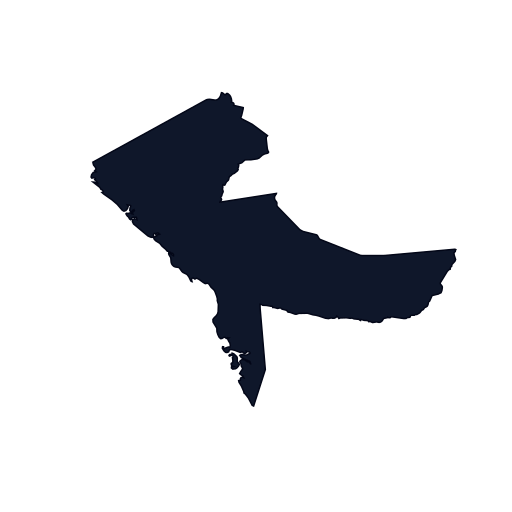 outline of Coast, rotated 112°
{"feature_id": "KEN-1193", "entity_name": "Coast", "entity_type": "Province", "adm_level": 1, "iso_a3": "KEN", "parent_name": "Kenya", "parent_adm1": "", "projection": "robinson", "projection_center": [39.627, -2.351], "detail": "fine", "context": "isolated", "style": "filled", "palette": "ink", "viewbox_px": 512, "rotation_deg": 112, "n_neighbors": 0, "source": "natural_earth", "source_scale": "10m", "svg_char_len": 6124}
<svg xmlns="http://www.w3.org/2000/svg" viewBox="0 0 512 512"><g transform="rotate(112 256 256)"><path d="M396.0,202.0L395.9,203.6L390.5,209.9L387.9,214.3L387.6,215.7L386.1,216.7L382.0,220.9L379.5,224.4L378.0,225.4L377.0,223.9L375.6,224.5L374.4,224.3L373.6,223.4L373.5,221.7L372.1,223.3L371.8,225.3L371.2,227.1L369.1,226.9L365.8,226.1L364.9,226.7L363.5,228.5L361.6,229.4L360.1,231.4L359.0,231.3L357.3,230.2L356.9,229.5L356.6,228.3L356.6,227.1L357.3,224.9L357.1,222.8L357.4,221.8L358.5,220.0L356.0,222.2L355.7,231.6L354.2,233.8L352.9,232.7L351.5,227.7L349.5,226.1L348.9,225.3L348.2,225.0L347.4,226.1L347.8,227.3L348.0,228.4L347.9,229.4L349.0,228.8L349.9,229.1L350.5,230.0L350.7,231.3L350.6,231.8L349.9,232.3L349.8,232.7L350.0,233.5L351.0,233.8L351.3,234.3L351.4,240.2L351.8,243.3L352.7,245.3L353.3,245.5L355.0,245.4L355.9,246.1L356.6,247.3L356.7,248.2L355.9,250.3L354.1,252.7L352.6,253.0L352.3,252.1L354.6,250.8L353.4,250.3L352.5,249.6L350.7,247.5L350.5,246.9L350.5,246.2L349.8,245.9L349.9,246.0L348.3,246.4L346.6,247.5L345.0,249.7L343.5,251.2L342.0,250.3L342.3,251.7L342.7,252.3L343.6,252.7L343.0,254.1L343.4,255.3L345.4,256.8L345.9,257.9L345.1,259.8L343.1,262.0L340.9,263.8L337.6,265.3L333.3,271.1L330.9,272.2L328.7,271.6L326.6,270.6L324.3,270.0L322.0,270.2L314.9,272.8L311.9,275.2L310.2,275.8L308.1,277.3L304.6,280.5L303.7,281.5L303.1,282.6L301.8,286.0L299.7,289.0L299.4,290.4L299.5,291.0L300.6,292.6L300.6,293.1L300.3,295.0L299.0,300.1L298.8,302.8L300.3,304.0L299.9,306.1L300.8,307.1L302.2,306.9L303.7,305.7L303.8,306.6L303.2,307.5L300.7,310.2L299.3,312.4L298.9,313.4L298.6,317.5L298.1,318.9L295.7,322.7L295.7,323.8L296.4,326.7L296.4,328.2L296.0,329.4L295.4,330.6L294.5,331.6L293.5,332.4L290.1,334.1L289.2,334.8L287.5,337.1L286.5,337.9L285.3,338.2L285.8,336.8L286.6,333.7L286.7,332.6L285.5,333.0L284.9,333.8L284.7,336.7L284.3,338.7L284.8,340.0L283.6,342.3L282.2,346.6L280.3,350.0L279.5,354.6L278.7,356.5L277.8,357.4L277.2,357.6L275.7,356.8L274.4,355.4L272.2,355.1L272.5,354.1L271.8,353.4L271.3,354.9L271.4,356.1L272.3,356.8L273.7,356.8L272.9,357.9L273.2,358.9L274.2,359.2L276.6,358.1L277.4,358.8L277.9,360.0L278.0,361.2L277.9,363.7L272.2,381.5L270.4,383.5L268.4,383.8L266.9,382.6L266.9,379.9L265.4,380.9L264.9,381.5L266.2,384.6L266.9,385.3L268.5,385.2L269.3,385.6L269.1,387.0L267.6,388.9L267.2,390.2L266.0,392.0L265.4,392.4L264.8,392.0L264.3,390.1L263.7,389.7L263.2,388.8L263.4,386.9L263.3,385.8L262.1,387.0L260.2,385.9L259.4,385.7L258.6,386.4L259.3,387.2L262.1,388.1L261.5,389.5L260.9,390.2L258.6,390.8L256.5,390.8L256.2,391.3L256.3,393.0L256.7,394.6L257.7,393.1L260.1,392.9L262.6,393.7L263.9,395.2L263.7,397.1L260.1,404.0L257.9,410.5L255.6,420.4L254.8,422.6L254.1,421.6L253.5,421.6L252.4,423.2L252.3,423.7L252.3,424.7L250.9,426.5L248.5,434.8L248.0,433.3L248.2,430.9L248.0,429.8L247.1,430.6L245.6,434.2L244.7,433.8L244.3,433.9L244.1,435.0L244.2,435.7L245.3,437.4L244.6,438.5L242.2,438.9L239.5,438.2L237.8,435.8L237.4,437.5L235.3,436.7L233.8,438.4L232.5,440.7L231.1,441.8L230.3,442.1L230.1,442.4L129.7,360.5L128.7,359.1L128.0,357.5L126.8,352.5L126.3,351.3L125.3,350.3L123.9,349.5L122.4,349.1L120.9,348.9L117.5,349.2L117.3,348.1L118.2,345.2L117.8,344.5L116.7,344.4L116.1,343.8L116.0,342.9L116.6,341.1L116.9,340.4L117.9,339.1L119.5,337.7L121.2,336.7L122.5,336.6L122.4,335.1L122.7,334.0L123.4,333.3L124.7,333.2L123.2,323.4L124.5,323.0L131.0,322.0L133.5,322.0L133.9,321.2L134.2,320.3L135.3,308.8L140.1,290.4L141.9,291.0L143.6,290.4L152.1,285.8L153.9,284.5L154.5,283.6L155.0,283.3L155.4,283.2L156.3,283.7L158.1,286.2L160.2,288.0L164.0,289.8L165.5,291.3L168.6,296.6L170.8,301.8L171.6,302.5L174.9,304.1L177.5,307.0L178.0,306.3L178.6,305.9L180.3,305.6L181.5,305.7L182.5,304.9L184.0,305.1L187.5,307.1L189.0,308.6L190.8,309.3L192.3,310.3L193.1,310.4L195.6,310.0L196.4,310.2L198.5,311.2L201.9,311.5L202.3,312.1L202.0,313.3L202.4,313.5L203.8,313.0L204.7,312.5L206.6,312.1L208.3,310.7L209.1,310.5L211.2,310.6L213.1,310.3L214.1,310.7L214.8,310.8L216.3,309.2L216.8,309.0L217.4,309.1L218.7,309.7L219.6,309.6L190.3,260.5L190.7,260.4L191.7,260.7L193.7,261.0L195.3,260.6L196.8,259.5L198.4,256.9L199.4,256.3L201.2,255.7L202.2,254.6L215.1,225.4L215.4,223.7L215.6,221.5L213.7,207.9L213.9,206.9L216.2,204.0L216.6,202.8L216.3,159.5L215.8,157.7L207.4,137.0L175.2,74.1L175.2,73.1L176.5,73.2L177.2,72.9L178.8,73.7L180.9,72.6L184.5,69.6L186.4,69.6L190.6,71.2L192.2,70.7L193.2,71.3L194.3,71.3L195.6,71.0L196.0,71.6L196.8,72.2L198.6,72.9L211.9,75.1L212.7,74.8L214.3,72.1L215.0,71.6L216.2,71.2L218.4,70.7L220.6,70.7L221.1,70.9L221.7,71.7L222.9,72.6L226.7,77.9L232.7,78.1L234.0,78.8L236.7,78.3L238.3,78.4L239.4,79.1L240.8,80.4L242.9,80.8L243.9,81.6L244.1,82.0L247.0,82.8L247.9,83.3L250.0,85.0L250.6,86.3L251.6,87.0L252.8,89.9L253.6,90.4L254.6,90.2L255.3,90.5L256.5,92.7L257.7,93.5L258.6,95.4L261.4,106.9L261.8,108.1L262.7,108.3L263.2,109.0L263.5,109.9L263.5,111.1L264.0,111.1L266.0,114.1L266.8,114.4L268.7,114.7L269.8,115.2L270.7,115.9L271.3,116.7L271.7,117.9L271.8,119.3L274.0,122.9L274.0,125.9L274.7,126.7L274.1,127.8L274.3,129.0L275.2,131.7L275.4,134.2L275.6,135.0L276.6,134.9L276.5,136.1L276.1,137.1L276.5,137.9L277.6,141.6L277.6,143.7L278.5,145.4L279.4,149.0L281.9,154.7L282.9,155.8L282.0,157.1L281.4,158.6L283.0,158.8L284.2,159.9L285.0,161.5L285.3,163.2L286.9,165.3L287.7,168.4L288.1,175.2L288.5,178.3L289.2,181.1L289.7,186.3L289.9,187.1L293.2,194.8L294.8,196.7L295.3,198.0L295.5,203.1L296.0,205.3L295.8,205.9L295.0,206.9L295.0,208.3L295.5,211.8L295.4,212.5L295.0,213.4L295.0,214.0L295.4,214.7L296.5,216.2L297.0,220.0L297.5,221.1L296.5,222.2L297.0,223.3L297.9,227.7L299.2,231.4L298.9,232.2L299.2,234.2L303.1,232.5L357.8,204.8L396.0,202.0ZM361.9,231.9L362.7,230.8L364.6,231.0L366.7,231.7L368.2,232.7L369.6,235.2L369.0,236.9L367.7,237.2L366.8,235.4L366.7,237.2L366.4,237.9L365.8,238.2L365.5,238.6L365.0,238.7L364.5,238.6L363.8,237.6L361.6,238.3L359.0,239.8L358.3,239.3L357.7,239.4L357.3,240.1L357.1,241.2L357.4,241.8L358.7,242.9L358.5,243.7L357.6,243.7L357.0,243.2L356.7,242.5L356.6,241.5L355.0,241.8L355.0,240.0L355.9,237.5L356.8,235.7L358.1,234.9L359.8,234.3L361.2,233.5L361.9,231.9Z" fill="#0f172a" stroke="#020617" stroke-width="1.5"/></g></svg>